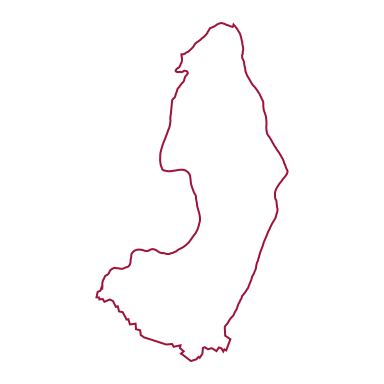 IX-2 Rewa(Illiwa)/U.E, Upper Takutu-Upper Essequibo, Guyana (orthographic projection)
{"feature_id": "73187651B68809145182680", "entity_name": "IX-2 Rewa(Illiwa)/U.E", "entity_type": "district", "adm_level": 2, "iso_a3": "GUY", "parent_name": "Guyana", "parent_adm1": "Upper Takutu-Upper Essequibo", "projection": "orthographic", "projection_center": [-58.667, 2.726], "detail": "fine", "context": "isolated", "style": "outline", "palette": "rose", "viewbox_px": 384, "rotation_deg": 0, "n_neighbors": 0, "source": "geoboundaries", "source_scale": "gbopen_adm2", "svg_char_len": 5975}
<svg xmlns="http://www.w3.org/2000/svg" viewBox="0 0 384 384"><path d="M181.4,54.3L181.7,56.7L182.0,58.8L182.0,59.9L181.8,61.5L181.3,62.9L180.7,63.9L180.5,64.8L179.7,66.5L179.0,67.5L178.1,67.9L177.4,68.4L176.6,69.0L176.0,69.9L175.6,70.9L176.4,71.8L177.3,72.0L178.5,72.1L179.4,71.9L180.5,71.9L181.5,72.2L182.5,71.9L183.3,71.2L184.2,70.7L186.3,71.0L187.1,71.5L187.6,72.3L187.8,73.3L187.2,74.2L186.5,75.2L185.7,76.0L185.1,76.9L184.4,79.0L184.2,79.9L183.8,81.2L183.3,81.9L182.7,82.6L181.8,83.4L179.7,86.1L179.3,86.9L177.8,88.5L177.4,89.3L176.5,92.4L176.0,93.4L175.4,95.7L175.0,97.0L174.4,97.8L172.7,99.3L172.2,100.1L170.8,114.4L170.3,117.6L170.3,118.8L170.5,120.2L170.5,121.3L170.3,122.3L170.0,124.9L169.3,127.5L168.3,129.9L167.6,131.9L167.1,133.5L166.5,135.0L166.0,136.2L165.1,138.8L164.1,141.0L162.7,144.8L161.5,148.7L160.9,151.1L160.5,152.7L160.3,154.1L160.2,156.9L160.1,160.6L160.3,161.8L160.4,163.1L160.8,165.2L161.2,166.5L162.1,168.3L162.3,169.3L163.1,170.2L166.4,171.0L168.6,171.3L170.6,171.2L173.8,170.7L174.9,170.6L178.2,170.0L179.1,169.9L181.4,169.7L183.3,169.8L184.3,170.1L185.5,170.5L186.6,171.2L187.8,172.0L189.4,174.1L189.8,175.0L190.1,176.0L190.4,178.2L190.7,180.5L190.7,181.5L191.0,183.7L191.6,185.9L192.4,188.3L193.9,192.3L195.0,194.3L195.6,195.2L195.9,196.3L196.0,197.6L196.0,198.6L197.0,203.8L197.1,205.7L198.4,210.6L199.0,212.4L199.2,213.3L199.5,214.7L199.7,215.7L200.0,218.0L200.0,220.1L199.9,221.1L199.0,224.3L198.8,225.5L198.5,226.5L198.2,227.5L197.4,229.7L196.3,231.8L195.8,233.0L194.2,234.9L193.5,235.9L192.8,236.7L192.2,237.7L191.6,238.6L190.8,239.7L190.0,240.7L188.7,242.6L187.9,243.2L186.2,244.9L182.8,247.4L180.0,248.8L178.0,249.9L177.3,250.4L176.5,251.1L175.7,251.6L174.6,251.9L172.8,252.9L170.5,253.4L169.5,253.9L168.2,254.0L167.1,254.0L166.0,253.8L164.8,253.3L163.7,253.2L162.6,253.0L161.6,253.1L159.3,252.3L158.3,251.7L156.5,250.4L155.4,249.8L154.4,249.5L153.5,249.2L152.3,249.1L150.2,249.7L149.3,250.3L148.4,250.7L147.3,251.0L146.3,251.0L145.2,250.9L143.9,250.5L142.8,250.1L140.4,249.6L138.2,249.6L137.3,249.7L135.4,250.3L134.5,250.7L133.0,252.0L132.4,252.8L131.7,253.6L131.4,254.5L131.2,257.0L131.0,258.0L130.7,258.9L130.6,261.1L130.4,263.0L129.7,264.8L128.9,265.9L128.2,266.6L127.3,267.0L126.4,267.3L125.4,267.5L123.6,268.4L122.2,268.8L120.9,268.8L119.7,268.6L118.6,268.3L116.4,268.2L115.3,267.9L114.0,267.9L111.8,269.1L110.8,269.8L110.1,270.5L108.8,273.3L107.9,274.4L106.8,275.1L105.7,275.6L104.9,276.3L104.5,277.5L103.4,279.7L102.9,280.7L102.7,281.6L102.4,282.6L102.3,283.7L102.4,286.8L102.3,287.8L102.2,288.8L101.9,288.8L102.0,288.6L101.6,287.3L100.3,290.8L97.7,291.8L96.5,297.3L99.0,297.5L99.4,299.4L102.7,299.0L104.4,301.8L109.9,299.5L113.0,301.1L115.9,306.9L117.8,306.3L119.0,311.4L122.8,312.2L126.6,319.6L128.4,319.2L129.9,324.4L135.6,323.7L136.0,329.2L140.2,330.3L140.7,334.9L143.9,337.3L166.2,344.5L172.1,344.0L173.7,346.8L180.5,345.3L179.9,348.0L183.7,351.3L181.0,353.7L182.8,354.8L190.9,361.0L196.4,359.3L198.5,356.9L199.7,357.8L202.4,353.7L202.9,348.0L204.6,347.2L207.9,349.2L211.8,348.2L216.5,351.1L218.8,347.5L221.4,348.3L223.3,351.5L224.4,349.4L226.2,350.4L230.4,339.2L225.2,335.7L224.8,328.2L224.8,327.2L225.1,326.3L225.6,325.5L227.1,323.9L227.7,323.0L228.4,322.0L229.3,320.3L229.9,319.3L232.0,316.8L232.8,316.1L233.4,315.2L234.0,314.3L234.5,312.8L235.0,311.9L236.6,309.3L237.3,307.3L237.6,306.2L238.3,304.2L239.5,302.2L240.2,300.4L240.9,299.4L241.4,298.5L241.7,297.2L242.0,296.3L242.6,295.4L243.5,294.4L244.8,292.8L246.1,290.9L247.0,289.3L247.8,288.4L248.3,287.4L248.6,286.4L249.1,285.2L249.9,283.1L251.3,279.8L251.9,277.5L252.2,276.5L252.7,275.5L253.3,274.7L253.8,273.7L254.7,271.4L255.7,269.1L256.0,267.8L256.3,265.3L256.9,263.0L257.3,262.0L257.8,261.0L258.1,260.0L258.3,258.7L258.8,257.7L259.1,256.1L259.4,255.1L260.1,253.0L260.3,252.1L261.2,249.9L261.5,249.0L262.1,247.5L262.5,246.5L262.8,245.5L263.4,243.5L263.7,242.5L265.8,237.6L266.3,236.5L267.1,234.4L268.4,231.2L269.2,229.9L270.0,227.9L272.0,223.8L275.1,218.6L275.7,217.3L276.1,216.0L276.2,215.0L276.5,214.0L277.0,212.8L277.3,211.5L277.5,210.1L277.5,208.8L277.2,207.6L277.0,206.6L276.6,203.4L276.6,202.4L276.5,201.4L276.3,200.5L275.3,198.6L275.1,197.5L275.0,195.2L275.0,192.9L275.5,190.8L276.3,188.7L277.5,186.6L278.2,185.6L279.3,183.9L280.0,182.9L280.9,181.9L281.5,181.2L283.1,178.8L285.3,176.3L285.9,175.3L286.8,174.1L287.5,172.1L287.5,171.0L287.2,170.1L286.6,169.0L286.1,167.9L285.7,166.6L284.8,164.3L284.2,163.2L283.7,161.2L283.3,160.3L282.5,158.5L282.0,157.7L280.8,155.6L279.1,152.7L278.4,151.7L277.8,150.9L277.0,149.9L275.7,147.6L274.9,146.6L273.2,143.6L272.5,142.5L271.6,140.6L270.4,138.8L269.2,136.7L268.2,135.6L267.2,133.8L266.9,132.7L266.8,131.7L266.4,130.1L266.3,126.8L266.5,123.2L266.5,122.1L266.2,119.2L266.1,117.7L265.9,116.3L264.2,111.3L263.6,109.0L263.3,106.6L263.3,104.0L263.3,102.8L263.1,101.4L261.5,98.3L261.1,97.2L260.0,95.1L259.7,94.2L258.4,92.3L257.7,91.1L257.0,90.2L256.3,89.1L255.1,87.5L254.1,86.4L253.4,85.7L252.7,84.9L252.2,84.1L250.6,81.6L250.2,80.7L247.2,75.7L246.3,73.5L245.5,71.3L245.3,70.1L245.3,68.9L244.8,66.9L244.3,64.7L244.0,62.1L243.4,60.3L242.3,58.2L242.1,57.0L242.2,54.6L242.8,53.8L242.7,51.6L243.0,50.6L243.1,49.7L243.2,48.4L243.0,47.3L242.8,46.1L242.5,45.2L242.4,44.1L242.3,42.8L242.2,41.8L241.8,40.6L241.5,39.4L241.4,38.4L241.0,37.2L240.4,34.9L240.0,33.9L239.5,32.8L238.2,30.8L237.1,28.9L236.3,27.9L235.0,26.1L234.2,25.4L233.5,24.5L233.4,24.8L233.4,25.7L233.2,26.3L232.6,26.9L231.3,26.5L229.9,26.1L228.9,25.7L227.9,25.2L226.7,25.0L225.7,24.4L224.4,23.8L223.5,23.6L221.4,23.0L220.0,23.3L217.9,24.0L216.9,24.6L216.0,25.3L215.2,25.8L214.4,26.3L212.4,27.3L211.2,27.7L210.1,28.1L208.8,30.2L208.3,31.3L207.6,32.0L207.4,33.0L205.9,34.8L204.9,35.7L204.3,36.5L203.4,37.3L202.5,37.8L200.9,39.4L198.0,41.6L196.9,42.2L196.0,42.9L195.2,43.7L194.0,45.5L193.6,46.3L193.1,47.1L192.4,47.8L190.9,49.3L190.0,50.1L188.3,51.7L187.2,52.2L186.2,52.6L185.3,53.4L184.3,53.9L183.2,54.3L181.4,54.3Z" fill="none" stroke="#9f1239" stroke-width="2"/></svg>